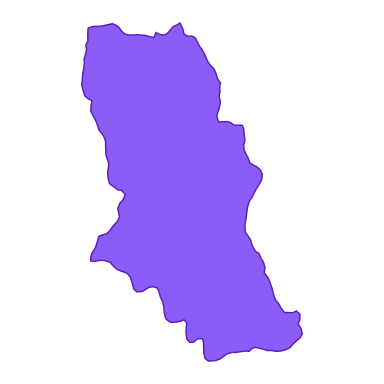 Machacalis, Minas Gerais, Brazil (Natural Earth projection)
{"feature_id": "56859067B87208191918029", "entity_name": "Machacalis", "entity_type": "district", "adm_level": 2, "iso_a3": "BRA", "parent_name": "Brazil", "parent_adm1": "Minas Gerais", "projection": "natural_earth1", "projection_center": [-40.718, -17.085], "detail": "fine", "context": "isolated", "style": "filled", "palette": "violet", "viewbox_px": 384, "rotation_deg": 0, "n_neighbors": 0, "source": "geoboundaries", "source_scale": "gbopen_adm2", "svg_char_len": 2669}
<svg xmlns="http://www.w3.org/2000/svg" viewBox="0 0 384 384"><path d="M90.7,261.0L94.8,261.4L98.9,260.4L104.1,260.4L110.0,262.2L113.9,266.6L117.4,269.5L121.4,271.2L126.5,272.9L130.1,276.7L131.6,281.0L132.7,285.0L133.6,288.7L136.7,291.8L142.4,291.4L145.3,289.5L149.3,287.2L153.5,286.7L157.1,287.9L159.0,291.4L160.4,297.0L162.6,301.6L163.8,306.8L164.1,311.2L164.8,315.3L166.1,319.1L170.5,322.4L176.8,322.0L180.7,321.1L184.1,319.9L186.9,323.1L186.1,328.5L186.1,333.2L186.9,339.3L189.8,342.4L193.3,342.2L197.9,338.7L202.7,338.7L203.6,342.8L203.6,346.8L203.8,352.8L205.1,358.3L208.2,361.0L214.7,360.7L219.8,359.1L223.3,356.7L226.4,354.2L231.7,352.4L236.6,352.4L241.0,351.6L245.6,351.0L249.0,351.3L251.8,348.7L255.0,347.3L259.4,348.2L263.6,349.3L267.3,350.5L271.4,350.5L275.7,351.3L281.0,351.0L285.7,349.7L289.3,348.1L293.0,344.1L296.9,340.5L300.2,337.6L302.3,333.9L301.0,328.4L298.1,323.9L299.9,319.8L299.9,314.3L296.4,311.0L292.8,312.7L289.3,312.6L284.4,312.5L281.0,308.1L278.7,303.7L276.0,300.5L274.3,297.0L273.1,292.7L272.1,288.4L270.2,283.1L268.0,277.7L264.3,272.9L264.9,267.3L263.5,262.2L260.8,257.9L258.7,253.1L255.7,251.7L253.6,248.3L252.0,245.0L250.6,239.9L247.7,235.6L245.2,232.1L244.9,225.0L246.0,218.8L246.7,213.2L247.6,206.9L249.3,201.3L252.3,196.9L255.5,190.2L258.8,185.0L261.7,179.7L262.3,174.2L260.1,169.6L255.9,166.3L252.5,164.6L249.7,162.6L248.1,158.0L245.9,153.8L244.2,150.1L243.7,145.7L244.9,139.8L244.2,134.1L243.7,129.3L242.3,125.3L238.0,125.2L233.9,125.1L231.0,122.8L228.0,121.6L223.3,121.8L218.4,122.0L216.7,115.9L219.1,108.6L220.5,102.1L219.1,96.5L220.0,91.6L219.7,87.0L220.5,83.2L217.6,78.8L215.9,73.1L214.0,69.0L211.3,66.2L208.5,62.9L206.4,58.6L204.9,54.8L202.3,50.0L199.8,46.6L197.5,42.3L195.4,38.0L192.4,36.2L187.6,36.2L184.1,34.1L182.7,28.5L180.0,23.0L177.0,24.9L173.0,26.8L170.1,30.3L167.0,33.7L163.9,35.1L159.9,34.5L155.9,32.6L153.9,37.5L149.1,36.6L145.5,35.4L141.8,35.2L138.1,34.7L133.3,35.0L128.7,35.0L125.2,34.2L121.6,31.2L119.3,27.8L116.3,25.3L112.5,23.7L108.2,24.6L102.4,26.0L97.6,26.4L93.0,26.4L88.1,28.2L87.7,34.7L87.9,40.8L85.9,45.1L86.6,49.5L85.4,54.8L84.1,59.1L84.3,63.3L83.8,68.3L82.8,73.2L82.4,78.8L81.7,84.8L83.1,90.3L84.9,96.1L88.3,98.9L92.0,100.5L91.0,106.1L90.9,111.5L93.5,116.6L96.4,122.0L97.8,126.1L99.2,130.3L103.4,135.5L105.6,141.3L105.7,148.4L105.9,154.2L107.0,158.2L108.4,161.7L108.6,166.4L107.7,172.0L108.1,178.2L109.5,183.6L113.7,186.7L118.0,189.8L121.7,190.5L125.2,194.6L123.3,199.4L119.9,203.2L117.8,208.3L118.7,213.1L119.5,216.9L117.1,221.9L113.2,225.8L110.1,230.4L106.5,233.8L103.1,234.7L98.8,236.4L96.8,243.5L95.1,248.3L92.4,252.3L90.9,256.5L90.7,261.0Z" fill="#8b5cf6" stroke="#5b21b6" stroke-width="1.5"/></svg>